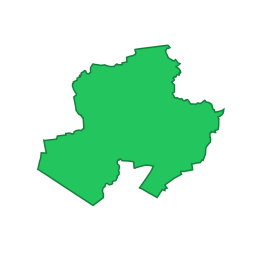 Phong Dien, Hau Giang, Vietnam (Albers equal-area conic projection), rotated 346°
{"feature_id": "81297802B56741553336234", "entity_name": "Phong Dien", "entity_type": "district", "adm_level": 2, "iso_a3": "VNM", "parent_name": "Vietnam", "parent_adm1": "Hau Giang", "projection": "albers", "projection_center": [105.676, 9.998], "detail": "fine", "context": "isolated", "style": "filled", "palette": "green", "viewbox_px": 256, "rotation_deg": 346, "n_neighbors": 0, "source": "geoboundaries", "source_scale": "gbopen_adm2", "svg_char_len": 5700}
<svg xmlns="http://www.w3.org/2000/svg" viewBox="0 0 256 256"><g transform="rotate(346 128 128)"><path d="M143.7,59.1L143.0,63.6L138.1,63.4L137.5,65.2L132.7,63.9L132.9,63.4L132.4,63.2L132.1,63.6L131.3,63.7L130.8,64.0L129.9,64.9L129.7,65.0L129.0,64.8L126.0,64.2L124.6,63.6L122.5,62.4L120.6,61.1L120.2,61.0L119.5,61.2L118.4,60.7L117.0,60.8L116.6,60.8L115.8,60.1L115.3,59.9L114.4,59.6L113.4,59.1L111.9,58.6L111.1,58.3L110.0,57.6L109.5,57.4L108.9,57.9L107.6,59.1L106.9,59.8L106.2,60.7L105.9,61.7L105.4,63.7L105.2,65.0L104.2,65.2L103.9,65.4L103.6,65.8L103.1,65.9L102.6,65.9L101.6,65.3L101.0,64.3L100.8,63.8L100.8,62.6L100.6,62.3L100.0,61.9L99.6,61.8L99.3,61.9L98.5,62.6L96.2,63.1L95.9,63.3L95.7,63.8L95.6,64.8L95.4,65.0L94.9,65.1L93.9,65.1L93.7,65.4L93.8,65.6L94.5,66.0L94.5,66.6L94.3,66.8L93.6,67.0L93.4,66.9L93.0,66.7L92.5,66.7L91.5,67.2L91.1,67.3L90.6,67.7L90.4,68.1L90.2,69.1L90.1,69.4L89.9,69.5L88.6,69.6L88.0,69.8L87.7,69.7L87.6,69.9L86.9,70.1L86.1,70.1L85.9,71.3L85.7,71.5L85.1,71.5L84.9,72.0L84.7,72.3L84.6,72.9L84.4,73.2L84.3,74.6L84.5,76.2L84.5,76.8L84.9,78.7L85.4,80.2L85.5,80.9L85.6,81.4L86.1,82.1L86.1,82.5L86.0,83.3L85.9,83.5L83.1,84.6L82.8,85.1L82.8,86.4L82.3,95.3L81.9,98.7L82.4,99.1L82.9,101.2L83.6,102.7L84.0,103.2L84.5,103.5L85.2,103.7L85.2,104.4L85.9,104.9L85.8,105.6L86.4,106.2L86.2,107.0L86.6,107.1L86.8,107.4L86.8,108.2L85.8,113.9L84.9,118.1L84.4,118.0L83.8,118.1L83.3,118.3L82.4,119.1L81.9,119.2L81.6,119.1L81.1,118.7L80.2,118.4L79.8,118.1L79.6,118.2L78.8,118.0L78.2,118.2L77.1,117.9L76.3,118.4L75.4,118.5L74.8,118.7L74.2,120.0L73.8,120.3L73.2,120.4L72.7,120.3L72.4,120.4L71.9,120.2L71.7,120.0L71.8,119.8L71.5,119.6L70.7,119.1L70.2,118.9L69.4,118.6L67.4,118.5L66.2,118.2L66.0,119.7L57.5,118.7L56.1,121.5L44.4,120.0L43.4,119.5L43.0,125.1L42.7,132.6L37.8,131.1L36.1,135.9L33.9,139.5L30.5,146.5L31.4,147.1L38.3,154.5L50.1,167.4L75.4,194.7L87.0,189.7L87.3,189.4L87.5,189.1L87.6,188.0L87.8,187.4L88.1,186.8L88.2,186.3L87.9,184.2L87.9,183.4L88.4,182.3L88.5,181.3L88.7,180.9L90.0,179.7L91.0,179.5L91.5,179.2L91.8,178.6L92.1,177.9L92.5,177.1L93.0,176.7L93.5,176.6L94.3,176.7L94.7,176.9L95.3,177.8L96.1,178.6L96.8,178.6L98.5,178.6L99.2,178.4L99.6,178.1L99.8,177.3L99.8,176.7L100.1,176.2L101.0,175.9L102.3,176.1L102.9,176.1L103.5,175.9L104.0,175.5L105.3,173.8L106.0,173.0L105.9,172.0L106.0,171.9L106.5,171.8L106.8,171.6L107.6,171.2L108.1,170.8L108.3,170.4L108.8,168.0L108.7,167.6L108.4,167.0L108.5,166.6L109.1,166.1L109.8,164.9L110.2,164.0L110.3,163.3L110.3,162.2L110.2,161.8L109.3,160.8L109.0,160.2L109.0,159.6L109.5,158.0L109.7,157.6L110.6,156.6L111.0,156.9L111.6,156.9L112.0,156.8L112.4,156.1L112.7,156.1L113.1,156.2L113.5,156.6L113.9,157.5L114.5,158.3L115.2,158.6L120.1,160.0L124.8,161.9L125.1,162.4L125.2,163.1L125.1,163.3L124.2,168.3L125.3,168.7L126.1,168.4L129.2,168.3L133.7,168.2L135.1,168.3L135.8,168.2L138.6,169.1L140.5,169.8L141.9,170.4L143.4,171.3L139.8,175.6L132.6,182.1L124.7,188.9L125.1,189.3L126.7,190.3L133.0,196.5L135.6,198.8L139.4,202.5L146.3,196.1L148.7,197.6L149.1,196.0L151.4,195.8L149.9,192.2L160.4,188.0L168.8,185.8L168.3,183.4L168.8,182.9L172.3,183.9L173.6,183.8L180.6,184.2L181.2,178.2L182.5,178.5L183.5,178.6L185.6,178.5L186.5,178.6L188.2,178.9L189.9,178.9L190.0,178.7L192.3,176.9L192.5,177.0L193.0,177.6L195.5,173.9L196.4,172.7L197.0,171.6L197.8,168.9L198.7,166.3L199.4,165.3L200.4,164.5L204.2,161.6L204.6,161.6L205.5,158.6L205.6,156.9L205.2,156.8L206.3,152.8L207.3,152.7L207.8,152.5L207.9,152.4L207.9,151.7L208.1,151.6L208.6,152.1L210.0,152.6L211.2,153.4L211.9,153.6L211.9,153.0L211.7,152.2L211.8,151.6L211.8,151.4L213.9,151.4L215.1,151.1L215.5,150.4L216.2,148.6L216.6,147.6L217.0,145.8L217.5,144.3L218.1,141.5L218.4,141.3L217.9,139.2L218.2,138.9L220.0,138.9L220.3,138.6L220.7,138.4L222.5,137.9L223.7,136.8L224.9,134.6L225.5,133.0L223.4,133.8L220.9,133.9L218.3,133.9L216.0,133.5L216.2,131.2L215.4,130.8L215.3,130.7L215.0,129.9L214.9,127.1L214.9,125.3L212.6,122.7L211.9,122.6L211.7,122.5L211.4,122.2L210.5,122.0L210.3,121.9L210.1,121.5L209.6,121.3L209.4,120.9L209.5,120.2L209.4,120.0L209.3,119.8L209.0,119.7L208.5,119.8L205.7,121.3L203.9,121.8L203.8,121.7L203.6,121.4L202.9,121.4L202.4,120.9L201.8,120.6L201.0,120.8L200.2,121.4L195.5,120.1L194.5,119.7L193.4,116.5L193.3,116.1L192.9,115.4L192.7,115.0L192.0,114.7L191.4,114.8L191.0,114.8L190.9,114.8L190.7,115.3L189.4,115.0L188.7,114.9L187.9,114.5L187.8,114.3L187.8,113.6L187.7,113.2L187.2,112.6L186.7,112.4L185.8,112.6L185.3,112.5L184.7,111.9L183.7,111.5L183.5,111.3L183.4,110.9L183.0,110.5L182.5,110.4L182.1,110.5L181.8,110.5L181.5,110.4L180.4,109.6L180.2,109.4L180.4,108.4L180.3,108.0L179.5,105.7L179.5,105.2L179.8,104.9L180.0,104.8L180.3,104.7L181.3,104.5L181.9,104.0L183.5,97.4L181.5,94.2L184.2,92.9L184.4,92.7L184.5,92.5L184.5,91.8L183.9,90.6L184.0,90.5L184.5,90.4L184.7,90.2L184.8,89.8L185.3,89.5L185.5,89.5L186.1,90.1L186.4,89.9L186.9,90.0L187.1,89.9L187.2,89.4L187.9,88.5L188.3,88.2L189.3,88.4L190.2,89.0L190.6,88.9L190.6,88.7L190.7,88.4L190.7,87.4L190.9,87.0L191.1,86.8L191.5,87.2L191.8,87.3L192.4,86.9L192.7,86.6L192.7,86.4L192.2,85.7L192.3,85.3L192.5,85.1L192.6,84.9L192.1,84.2L192.1,83.8L191.7,83.0L191.7,82.5L190.2,81.2L189.8,80.6L189.4,80.2L193.0,78.8L193.4,78.5L194.0,78.2L192.5,77.1L192.3,76.9L190.7,73.1L188.9,74.1L188.7,74.2L188.0,73.4L187.5,73.0L184.0,69.6L183.9,68.0L183.7,67.7L183.6,66.4L182.9,64.0L183.2,63.4L183.2,63.0L183.0,62.1L184.3,61.1L185.1,60.3L185.4,60.2L185.8,60.2L186.7,60.5L187.0,60.5L187.5,60.4L188.2,60.1L187.2,58.0L186.8,57.5L186.1,57.3L184.9,57.1L166.6,54.9L158.3,53.9L153.8,53.5L153.7,53.6L153.6,54.6L153.9,56.5L153.6,57.6L152.7,58.3L150.5,58.9L149.8,58.9L148.8,59.1L148.6,59.1L148.2,58.8L147.0,58.9L143.7,59.1Z" fill="#22c55e" stroke="#15803d" stroke-width="1.5"/></g></svg>